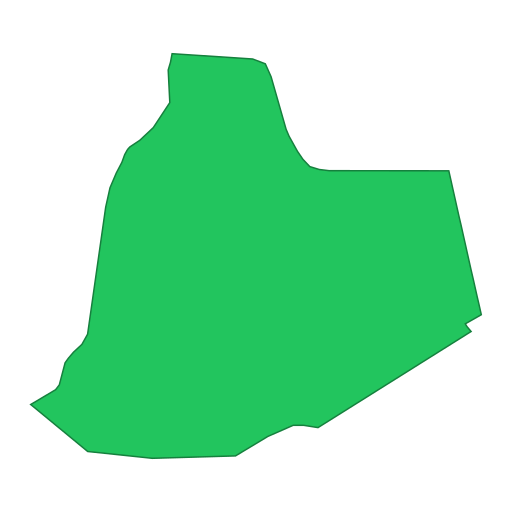 outline of Ouargla
{"feature_id": "DZA-2194", "entity_name": "Ouargla", "entity_type": "Province", "adm_level": 1, "iso_a3": "DZA", "parent_name": "Algeria", "parent_adm1": "", "projection": "robinson", "projection_center": [6.675, 30.952], "detail": "fine", "context": "isolated", "style": "filled", "palette": "green", "viewbox_px": 512, "rotation_deg": 0, "n_neighbors": 0, "source": "natural_earth", "source_scale": "10m", "svg_char_len": 861}
<svg xmlns="http://www.w3.org/2000/svg" viewBox="0 0 512 512"><path d="M448.8,170.8L449.0,171.7L451.0,180.6L453.0,189.6L455.0,198.5L457.0,207.5L459.0,216.4L461.1,225.3L463.1,234.3L465.1,243.2L467.1,252.2L469.1,261.1L471.1,270.0L473.2,279.0L475.2,287.9L477.2,296.8L479.3,305.8L481.3,314.7L465.3,323.8L466.9,326.5L471.1,331.5L318.0,427.6L303.6,425.3L293.2,425.3L267.9,436.4L235.5,455.9L152.3,458.3L87.7,451.5L30.7,404.5L55.6,389.7L59.3,384.9L65.1,362.8L68.4,358.2L73.5,352.2L81.9,344.4L87.6,334.2L105.7,207.1L110.0,187.8L116.3,173.0L121.9,162.3L124.7,154.6L127.2,150.1L128.2,148.7L130.0,146.8L139.8,140.3L153.3,127.6L169.8,102.6L168.2,70.0L170.5,62.2L172.1,53.7L252.7,59.0L265.3,63.8L271.1,76.8L286.1,129.3L289.0,136.1L297.5,151.4L302.9,159.3L309.8,166.6L319.3,169.5L329.2,170.7L448.8,170.8L448.8,170.8Z" fill="#22c55e" stroke="#15803d" stroke-width="1.5"/></svg>